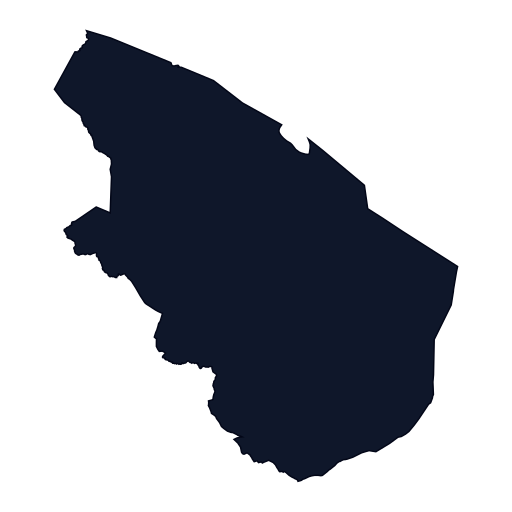 outline of "Øystre Slidre" nor, Oppland, Norway
{"feature_id": "86288312B23530540977593", "entity_name": "\"Øystre Slidre\" nor", "entity_type": "district", "adm_level": 2, "iso_a3": "NOR", "parent_name": "Norway", "parent_adm1": "Oppland", "projection": "orthographic", "projection_center": [8.948, 61.251], "detail": "fine", "context": "isolated", "style": "filled", "palette": "ink", "viewbox_px": 512, "rotation_deg": 0, "n_neighbors": 0, "source": "geoboundaries", "source_scale": "gbopen_adm2", "svg_char_len": 5911}
<svg xmlns="http://www.w3.org/2000/svg" viewBox="0 0 512 512"><path d="M367.7,208.7L364.4,185.3L322.8,150.5L308.2,138.9L309.4,141.8L310.0,143.8L310.2,145.0L310.1,148.0L309.4,153.1L309.2,153.6L308.8,154.1L308.2,154.4L305.5,154.2L301.3,153.0L299.2,152.1L295.7,149.5L292.2,144.9L290.5,143.2L286.6,140.9L283.5,138.3L281.2,135.8L280.2,134.3L279.2,132.6L278.9,131.0L279.0,130.0L279.2,129.2L279.7,127.7L281.7,124.8L242.5,103.0L213.5,80.6L181.4,67.3L179.6,67.2L179.3,66.8L178.7,66.9L178.3,67.3L178.0,67.1L178.4,66.4L178.4,65.9L178.5,65.6L177.9,65.3L175.6,65.6L174.3,66.0L172.2,65.8L171.3,64.0L171.3,63.6L171.1,63.0L170.7,62.6L110.7,38.0L86.5,30.7L87.3,32.4L87.6,33.6L87.4,34.1L86.5,34.6L86.4,35.1L86.7,36.5L86.7,37.1L86.8,37.6L87.2,37.9L88.2,38.2L88.6,38.6L88.4,39.8L88.1,40.4L86.0,41.6L85.8,42.7L85.4,43.7L84.4,44.4L83.2,45.0L82.4,45.7L82.1,46.3L82.2,46.9L82.5,47.4L82.4,47.7L81.0,48.1L80.1,48.7L79.7,49.3L80.0,50.3L79.8,50.7L78.4,51.0L78.2,51.2L78.1,51.8L77.9,52.1L75.9,51.8L74.9,51.9L54.4,89.3L64.5,102.6L81.1,115.6L81.3,117.3L81.9,118.3L82.0,119.5L81.9,119.9L82.1,120.2L82.2,120.8L83.1,122.2L83.3,123.4L84.0,124.5L84.5,124.7L84.2,125.6L84.8,125.8L85.8,126.8L87.1,127.2L88.0,128.3L87.8,129.0L88.0,129.7L88.4,130.1L88.6,131.0L88.6,131.7L88.9,132.4L89.8,133.3L90.3,133.5L90.6,133.8L90.6,134.3L91.1,134.9L91.5,135.1L91.4,135.3L91.6,135.3L93.7,141.2L94.1,145.2L95.0,147.8L96.6,149.4L97.0,149.1L98.2,150.1L98.4,150.7L99.4,151.6L101.8,151.8L102.4,152.4L104.9,153.7L105.4,154.2L105.8,154.3L107.3,155.6L107.6,156.2L108.2,156.4L108.6,156.2L109.1,156.9L110.8,158.1L110.8,159.0L111.3,159.6L111.5,164.1L110.2,169.3L111.5,176.7L110.2,212.9L96.2,207.0L75.3,221.3L72.2,222.0L71.8,222.5L71.8,223.5L71.4,224.0L71.5,224.2L71.4,224.4L71.4,224.7L71.7,225.1L71.6,225.4L70.1,225.6L68.9,226.8L66.8,227.6L66.0,228.6L64.4,229.3L64.1,230.3L64.4,231.2L64.8,231.7L65.5,232.1L65.7,233.0L66.2,233.8L66.2,234.5L67.8,235.8L67.6,236.3L67.4,236.4L67.5,236.6L67.0,237.1L67.1,237.3L67.3,237.4L68.0,238.1L70.9,239.0L72.7,240.4L73.1,240.5L73.9,241.1L74.4,241.2L75.0,242.3L75.1,242.7L75.1,243.7L75.5,244.4L75.6,245.3L75.3,246.4L74.4,247.1L73.9,247.7L73.8,248.1L73.9,248.6L74.6,250.3L74.6,251.3L74.8,251.5L75.1,252.7L75.8,253.5L76.7,254.0L77.8,254.9L78.9,255.2L79.3,255.1L79.8,254.6L82.6,254.0L84.0,254.1L84.9,254.6L85.7,254.6L86.5,254.1L88.0,253.6L88.8,254.3L90.3,254.6L92.8,253.4L95.4,252.7L95.7,252.7L96.5,253.0L96.7,253.3L96.4,255.1L96.6,256.1L97.2,256.8L98.5,257.2L98.6,257.4L98.6,258.0L98.5,258.8L99.2,259.7L99.1,260.0L99.1,260.3L100.0,260.7L100.5,261.3L100.7,262.4L101.8,264.5L101.8,265.1L102.6,267.2L102.7,267.8L102.5,268.2L102.4,268.5L102.9,269.9L104.2,270.5L104.3,270.9L104.3,271.6L104.5,271.8L105.9,272.7L106.4,272.7L107.1,273.0L108.2,274.4L108.3,275.2L109.6,276.6L110.4,276.7L111.5,276.3L113.0,276.8L113.9,276.5L115.3,277.5L116.7,277.5L116.8,276.6L116.9,276.4L118.2,275.6L118.2,274.8L118.4,274.0L118.5,273.8L118.9,273.9L119.8,274.8L120.7,275.2L123.9,273.8L124.9,273.8L125.4,274.8L127.4,276.9L128.1,277.9L128.2,278.4L129.7,279.3L131.6,281.3L135.7,287.8L140.3,295.8L144.7,302.6L146.1,303.9L155.7,310.1L158.3,311.5L162.5,313.4L160.3,321.1L159.8,322.0L158.7,323.4L157.9,326.6L156.8,330.2L155.8,332.4L154.3,337.1L155.8,338.4L156.5,338.5L156.4,342.3L156.4,346.4L157.9,349.4L159.3,351.4L162.3,351.1L164.9,352.5L165.5,353.1L162.7,356.3L162.5,357.1L163.0,357.8L163.9,357.8L164.9,358.0L165.1,358.5L164.8,358.7L165.3,359.4L165.5,359.2L166.4,359.8L167.9,360.1L168.8,360.8L169.0,361.3L170.5,361.5L170.8,361.9L171.6,362.2L172.6,362.3L172.6,362.5L172.4,362.9L172.6,363.2L173.9,363.3L174.8,363.7L175.9,363.4L176.7,364.0L177.1,363.5L178.1,363.6L178.9,364.3L179.8,364.0L180.5,364.3L181.3,364.1L181.5,364.0L181.8,362.9L182.0,362.6L182.3,362.7L182.5,363.2L182.8,363.5L183.5,363.5L184.0,363.1L184.9,363.1L185.8,362.8L187.0,361.4L188.3,361.0L189.2,361.5L189.4,362.0L190.2,362.5L191.3,362.7L191.8,363.2L192.5,362.7L193.5,362.7L194.4,363.4L196.0,362.9L196.6,363.5L197.8,363.1L198.0,363.2L197.8,364.4L197.9,364.8L198.3,365.1L198.9,366.1L199.2,367.2L200.0,368.3L200.3,368.5L201.0,368.3L201.4,368.0L201.8,367.2L203.0,366.3L204.2,366.4L205.9,367.1L207.3,366.9L208.0,367.2L208.8,367.0L209.3,366.4L210.9,366.5L211.7,366.7L212.0,367.1L212.0,368.3L213.0,371.8L216.3,374.3L216.5,374.8L216.5,375.8L216.4,376.0L216.5,376.2L215.8,376.9L215.6,377.5L215.4,377.6L215.2,379.9L214.4,380.6L213.8,381.7L213.7,382.9L213.3,383.7L213.2,384.7L213.0,385.2L213.0,385.6L213.1,386.1L214.2,388.5L214.3,389.7L214.9,390.6L215.0,391.0L214.8,392.2L213.8,394.6L213.3,396.7L212.9,399.5L211.8,400.0L208.5,400.9L208.7,402.4L208.6,404.4L208.4,405.6L209.6,407.8L211.1,411.7L211.5,413.4L213.7,414.8L215.7,416.4L216.6,418.6L219.6,422.6L221.5,426.5L223.7,428.4L227.4,431.1L231.0,432.4L232.9,432.6L237.1,434.7L237.8,435.3L240.9,436.3L242.1,436.9L241.0,437.0L236.9,438.0L234.0,439.4L238.0,443.2L238.5,444.1L240.5,447.0L241.6,452.3L242.6,453.7L244.0,454.2L247.1,452.8L249.6,454.7L250.2,454.9L250.3,455.6L252.0,458.0L252.1,458.7L252.5,459.1L253.4,460.6L254.2,461.7L257.1,460.8L258.5,462.6L261.4,461.9L262.3,463.0L264.1,462.1L268.7,460.3L273.2,462.5L275.5,464.9L276.9,467.5L278.2,469.4L278.8,470.7L279.7,471.7L282.2,471.4L283.2,472.2L284.0,471.5L284.9,471.8L285.9,472.4L289.1,475.3L292.5,477.4L293.7,477.7L294.2,478.3L297.1,479.6L297.8,480.6L298.0,481.3L300.3,480.7L301.7,480.2L302.8,479.1L303.5,479.1L305.1,478.5L309.0,476.6L311.8,475.8L314.7,475.3L318.0,475.3L320.9,475.7L322.4,475.4L327.2,471.6L328.8,470.0L330.3,469.1L334.9,465.4L336.8,463.2L339.3,461.4L339.9,461.5L342.2,460.2L343.7,459.6L344.9,459.6L347.2,459.1L352.8,457.2L361.6,452.8L365.5,451.6L369.1,450.6L375.9,451.7L389.6,443.4L398.0,437.2L401.3,436.5L405.5,434.1L408.9,431.5L414.1,425.2L418.8,418.9L428.6,404.2L430.6,402.8L432.4,398.0L432.6,396.4L433.4,394.5L432.9,382.0L433.5,374.9L434.2,339.5L451.2,305.0L453.4,291.2L453.5,289.5L456.5,271.6L457.6,266.5L403.0,231.7L383.5,218.8L367.7,208.7Z" fill="#0f172a" stroke="#020617" stroke-width="1.5"/></svg>